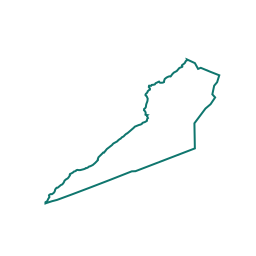 Lee, Virginia, United States of America (Albers equal-area conic projection), rotated 339°
{"feature_id": "52423323B58891806089473", "entity_name": "Lee", "entity_type": "district", "adm_level": 2, "iso_a3": "USA", "parent_name": "United States of America", "parent_adm1": "Virginia", "projection": "albers", "projection_center": [-83.241, 36.743], "detail": "fine", "context": "isolated", "style": "outline", "palette": "teal", "viewbox_px": 256, "rotation_deg": 339, "n_neighbors": 0, "source": "geoboundaries", "source_scale": "gbopen_adm2", "svg_char_len": 2406}
<svg xmlns="http://www.w3.org/2000/svg" viewBox="0 0 256 256"><g transform="rotate(339 128 128)"><path d="M73.4,150.6L72.1,150.6L68.4,150.2L67.0,149.7L65.8,149.0L64.9,148.9L64.4,149.0L64.1,149.3L62.8,149.4L61.7,149.3L60.7,149.8L58.1,150.2L57.6,150.1L57.0,150.5L56.8,151.0L56.8,151.4L54.7,152.9L53.5,153.5L51.9,153.7L49.9,154.4L49.2,155.2L48.3,156.0L46.5,157.1L44.9,157.2L41.1,158.5L40.6,158.5L40.3,158.3L40.0,158.2L39.5,158.4L38.0,159.3L37.5,160.1L36.7,161.1L35.5,161.9L34.6,162.2L33.2,162.5L32.1,162.0L30.9,162.1L30.1,162.5L29.9,164.3L28.0,165.7L26.6,167.1L26.1,167.4L24.4,167.7L24.1,168.2L23.9,168.8L25.1,168.8L30.7,169.1L36.0,169.7L51.2,169.9L70.8,170.0L93.2,170.0L116.0,169.8L119.5,171.0L122.0,171.0L122.3,171.0L173.2,171.0L173.4,171.0L183.1,171.0L191.7,147.4L207.3,137.6L213.6,135.4L220.3,130.7L218.8,126.8L223.6,119.4L227.6,117.2L232.1,111.5L225.1,105.1L217.5,97.9L214.6,97.9L213.7,91.4L207.5,85.0L207.4,85.9L207.2,86.0L206.0,86.2L205.3,86.7L204.8,87.4L203.5,88.0L201.0,88.7L200.7,89.0L200.7,89.5L200.8,89.9L200.7,90.2L200.1,90.4L199.8,90.3L197.4,90.4L193.9,92.3L190.6,92.7L188.5,93.7L186.4,95.1L186.0,95.1L185.6,94.7L184.3,94.5L182.1,94.7L179.9,95.4L178.7,96.8L178.1,98.0L177.4,98.1L176.6,98.1L174.5,97.4L173.9,96.9L173.6,95.8L173.3,95.8L169.8,96.1L169.3,96.5L168.6,96.9L167.5,96.8L165.6,96.3L164.8,96.9L164.3,96.8L163.6,96.3L162.8,96.1L162.1,97.2L162.6,98.9L162.2,100.0L161.2,100.1L159.5,100.8L159.1,101.4L158.5,101.9L156.8,102.6L156.1,103.4L156.1,103.7L156.2,104.1L156.6,104.6L156.8,105.2L156.9,107.7L155.8,109.8L154.7,111.1L154.1,111.7L153.2,112.9L152.2,114.8L151.2,115.6L149.9,116.0L149.3,117.1L150.0,118.8L149.9,120.4L149.4,121.2L149.1,121.7L149.1,122.0L150.7,122.9L150.4,123.0L149.9,123.9L150.1,124.3L150.2,125.9L149.4,126.2L148.7,127.1L148.2,128.1L146.0,128.5L143.5,128.4L142.4,129.1L141.1,129.3L139.1,129.1L134.8,129.2L133.6,129.8L128.9,131.5L125.2,132.8L124.7,132.7L122.9,133.3L120.8,134.3L118.9,134.5L117.6,135.2L116.8,135.4L116.2,135.4L113.8,136.2L113.5,136.5L113.3,136.6L108.9,137.2L107.9,137.6L107.5,137.9L106.9,138.2L100.6,140.1L99.1,141.0L98.8,141.3L98.2,141.5L97.9,141.6L97.5,142.0L96.9,142.4L96.6,142.4L96.2,142.0L95.8,142.1L94.9,142.6L90.7,144.4L89.9,144.8L88.5,146.4L88.5,146.5L88.6,146.9L88.4,147.2L84.7,148.9L83.0,149.5L82.0,149.9L80.1,150.1L79.0,150.2L78.0,150.0L76.4,150.5L74.8,150.6L74.1,150.3L73.4,150.6L73.4,150.6Z" fill="none" stroke="#0f766e" stroke-width="2"/></g></svg>